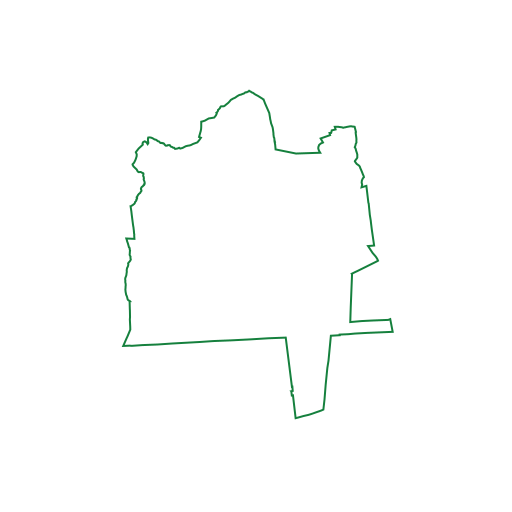 Villa de Tezontepec, Hidalgo, Mexico (Robinson projection), rotated 229°
{"feature_id": "50627088B126252484853", "entity_name": "Villa de Tezontepec", "entity_type": "district", "adm_level": 2, "iso_a3": "MEX", "parent_name": "Mexico", "parent_adm1": "Hidalgo", "projection": "robinson", "projection_center": [-98.78, 19.914], "detail": "fine", "context": "isolated", "style": "outline", "palette": "green", "viewbox_px": 512, "rotation_deg": 229, "n_neighbors": 0, "source": "geoboundaries", "source_scale": "gbopen_adm2", "svg_char_len": 6053}
<svg xmlns="http://www.w3.org/2000/svg" viewBox="0 0 512 512"><g transform="rotate(229 256 256)"><path d="M275.2,96.8L271.8,101.1L270.9,102.2L270.7,102.3L269.7,103.3L263.3,111.8L253.9,123.5L244.9,135.4L227.8,157.4L219.8,168.0L208.4,182.2L196.5,197.4L186.0,211.1L174.9,224.9L133.7,197.3L133.5,197.7L130.1,195.2L130.8,193.9L130.7,193.9L127.2,191.5L126.6,192.5L107.6,179.5L106.6,181.5L104.0,187.0L101.7,191.3L100.6,193.8L96.6,203.8L95.9,206.1L102.8,213.6L113.2,224.2L124.7,236.4L128.9,241.4L129.4,242.0L146.7,260.2L141.3,267.2L141.8,267.6L136.4,274.4L132.7,279.6L125.4,289.0L109.1,309.4L120.3,315.9L121.0,313.9L130.8,301.7L137.7,292.9L144.3,283.8L155.2,293.9L179.2,316.5L179.8,316.6L178.4,321.8L178.3,322.0L175.9,331.2L172.5,344.3L172.4,345.0L174.3,345.6L176.2,345.9L177.6,346.0L181.8,346.0L190.0,347.1L186.4,352.0L199.9,360.7L205.4,364.4L207.4,365.8L212.4,368.9L221.7,375.5L222.4,375.7L236.5,385.3L238.6,380.7L240.3,383.0L242.0,383.8L243.5,385.4L244.5,387.6L244.7,389.2L246.0,389.8L246.7,390.0L247.7,390.3L249.0,390.8L249.9,391.1L250.6,391.4L251.2,391.5L251.7,391.7L252.4,392.0L253.0,392.1L253.7,392.3L255.1,392.9L256.4,393.1L258.3,392.7L259.4,392.4L261.0,392.5L262.6,392.7L262.8,393.0L263.0,393.9L263.5,396.2L263.8,397.0L265.3,398.3L265.8,398.8L266.3,399.1L267.5,399.7L269.9,400.7L270.3,400.9L271.4,401.5L272.9,401.9L273.3,401.9L274.0,403.3L274.5,404.0L275.1,404.7L275.7,406.2L277.3,407.5L278.2,408.4L279.6,409.4L281.9,410.9L283.4,411.9L284.0,412.4L284.0,412.8L288.8,415.2L289.6,414.6L290.2,413.9L290.9,413.4L291.5,412.9L292.2,412.0L293.9,409.1L294.6,407.7L295.1,407.0L295.6,405.9L296.6,405.4L298.2,404.0L298.8,403.4L299.5,402.9L301.8,400.2L299.3,399.1L301.1,395.6L299.6,393.5L300.6,392.2L298.6,391.2L302.3,381.9L297.7,381.0L298.1,379.6L298.4,378.7L298.4,376.5L297.3,374.5L296.1,373.4L294.1,372.6L291.8,372.2L307.1,353.4L323.6,340.7L327.3,343.4L330.2,345.1L330.0,345.3L331.2,345.9L332.1,346.5L333.1,347.2L334.0,347.4L335.5,348.4L336.4,349.0L337.2,349.7L339.3,351.1L340.2,351.7L341.3,352.4L342.4,353.0L346.4,354.5L347.2,355.0L347.9,355.4L349.0,356.0L350.0,356.5L351.0,357.2L355.2,359.8L365.1,362.9L369.2,364.4L369.4,364.2L369.6,364.1L370.3,364.1L371.6,363.7L375.3,362.6L377.9,361.6L379.4,361.1L380.3,361.0L381.3,360.7L381.7,360.4L382.3,360.1L383.7,359.8L384.1,359.5L385.2,359.2L385.1,358.5L385.2,358.0L385.6,357.0L385.6,356.4L386.5,355.3L386.5,353.7L386.9,352.6L387.1,352.3L387.4,351.3L387.7,350.4L388.2,349.6L388.6,348.5L388.9,346.7L389.0,346.1L389.1,344.7L389.2,344.0L390.0,341.3L390.0,340.7L390.2,340.2L390.3,339.3L390.0,337.6L389.8,335.9L389.8,334.6L389.9,333.0L389.9,331.2L390.0,330.5L390.1,330.0L390.6,329.3L391.2,328.6L391.9,327.8L391.8,326.8L391.2,325.6L391.1,324.0L391.1,323.1L390.5,322.6L390.0,320.8L390.1,320.1L389.3,319.9L388.4,318.0L387.9,315.3L389.4,312.8L390.1,311.7L390.8,310.6L391.5,307.2L391.7,306.2L392.6,304.1L393.3,302.8L390.2,300.1L388.9,298.9L387.7,297.7L386.6,296.3L383.2,291.1L381.4,292.0L380.7,289.3L380.2,286.3L381.9,281.9L382.4,279.8L383.0,278.4L383.9,277.0L384.8,275.3L385.3,273.5L385.5,272.3L386.0,270.8L386.5,270.0L386.7,269.4L387.0,269.2L387.6,269.1L388.1,269.0L388.2,268.7L388.4,267.9L388.6,267.4L388.9,266.8L389.5,265.9L389.8,265.4L389.9,265.2L391.4,265.2L391.7,264.9L392.0,264.6L392.4,264.4L393.1,264.3L393.6,264.0L394.2,263.6L395.0,263.5L395.4,263.5L395.9,263.7L396.1,263.6L396.4,263.5L396.7,263.2L397.6,261.9L397.6,261.4L397.7,261.2L397.9,260.9L398.2,260.6L398.6,260.2L400.5,260.1L400.9,260.3L401.5,260.2L402.1,259.9L402.3,259.8L402.5,259.3L403.2,259.1L403.4,258.7L403.5,258.5L403.7,258.3L403.9,258.1L404.8,257.9L405.5,258.0L406.1,257.9L406.8,257.5L407.1,257.2L407.4,257.1L408.3,257.1L408.5,257.0L409.3,256.8L409.8,256.5L410.0,256.3L410.5,255.9L412.8,255.2L414.3,254.4L415.4,253.4L416.1,252.4L415.5,251.5L414.1,250.3L411.9,248.9L411.5,247.6L413.8,247.9L415.5,247.3L416.0,245.7L415.5,244.3L414.3,243.6L414.1,237.9L413.2,233.4L411.0,232.7L409.6,231.4L408.3,229.3L407.4,227.6L406.4,225.1L406.2,223.0L405.8,222.7L405.1,222.6L404.0,222.3L399.5,222.7L398.1,222.3L396.6,222.3L396.1,222.6L395.4,223.7L395.1,224.0L394.4,224.4L393.9,224.5L393.3,224.7L393.1,224.9L392.4,225.2L391.7,224.9L391.4,224.4L391.0,223.9L390.5,223.4L390.2,223.3L389.6,223.1L389.2,223.1L389.0,222.9L388.2,222.3L388.0,222.2L387.9,222.1L387.8,221.8L387.6,221.6L387.4,221.4L386.9,221.2L386.3,221.0L385.8,220.8L385.5,220.7L384.4,220.1L383.9,219.7L383.5,219.3L383.4,219.1L383.6,218.7L383.3,218.3L383.0,218.1L383.0,217.9L383.2,217.6L383.2,217.4L383.0,217.1L383.0,216.8L383.0,216.4L382.9,216.2L383.0,215.5L383.0,214.9L382.9,214.4L382.7,214.0L382.4,213.7L382.3,213.3L382.1,213.1L381.7,212.9L381.4,212.9L380.7,212.6L380.3,212.3L380.1,211.2L379.8,210.6L379.6,210.0L379.7,208.3L379.5,207.6L379.5,207.3L379.4,206.8L379.1,206.3L379.1,205.9L378.9,205.6L378.7,205.2L378.7,204.6L378.6,204.4L378.4,204.3L377.7,204.3L377.3,203.8L377.2,203.5L377.2,202.8L376.6,202.4L376.4,202.0L376.1,201.0L376.1,200.2L375.7,199.6L375.4,199.2L375.2,198.3L375.3,197.5L375.3,196.4L375.5,195.4L375.6,194.7L375.6,194.0L375.7,193.9L371.6,191.3L368.4,189.1L363.3,185.7L360.6,183.9L358.7,182.7L358.3,182.5L355.8,180.8L355.3,180.5L354.9,180.1L354.3,179.8L353.4,179.0L352.3,178.4L351.1,177.3L348.7,175.5L354.3,169.6L352.4,168.8L351.7,168.4L349.6,167.6L347.5,166.6L345.9,165.8L345.4,166.0L344.4,165.5L343.5,164.8L342.7,164.5L341.9,163.5L340.9,162.6L340.0,161.6L339.1,161.1L338.2,161.0L337.7,160.8L337.0,160.0L335.5,159.2L335.0,158.1L334.7,156.6L334.6,155.3L334.3,154.6L333.8,154.4L333.2,153.9L332.5,153.0L331.9,151.9L331.6,151.0L330.9,150.0L330.0,149.0L328.8,148.1L327.8,146.9L326.8,145.8L326.4,145.3L325.0,142.7L324.6,142.4L323.9,141.7L322.9,141.1L322.3,140.4L321.7,140.0L320.4,139.3L319.1,138.2L318.5,137.5L317.4,136.5L316.5,135.5L314.4,134.0L312.8,133.1L312.0,132.6L310.6,132.2L309.2,131.6L308.3,131.1L307.5,130.7L306.7,130.6L305.9,130.8L305.0,131.2L304.9,131.2L305.0,131.1L298.3,125.6L298.1,125.5L292.6,120.9L290.8,119.1L290.4,118.8L285.3,114.8L283.0,112.9L282.9,112.8L279.9,106.8L279.3,105.5L278.6,103.9L278.3,103.3L276.7,99.9L275.2,96.8Z" fill="none" stroke="#15803d" stroke-width="2"/></g></svg>